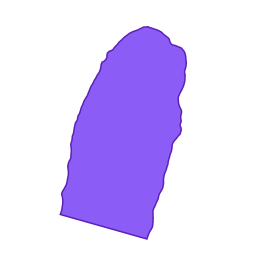 South Ari, Maldives (Equal Earth projection), rotated 194°
{"feature_id": "70690204B29165248779959", "entity_name": "South Ari", "entity_type": "district", "adm_level": 2, "iso_a3": "MDV", "parent_name": "Maldives", "parent_adm1": "", "projection": "equal_earth", "projection_center": [72.841, 3.685], "detail": "fine", "context": "isolated", "style": "filled", "palette": "violet", "viewbox_px": 256, "rotation_deg": 194, "n_neighbors": 0, "source": "geoboundaries", "source_scale": "gbopen_adm2", "svg_char_len": 3011}
<svg xmlns="http://www.w3.org/2000/svg" viewBox="0 0 256 256"><g transform="rotate(194 128 128)"><path d="M82.8,24.9L82.7,26.3L82.6,27.6L82.4,29.0L82.3,30.3L82.0,32.2L81.5,33.8L81.1,34.9L80.6,36.7L80.4,38.3L80.5,39.8L80.8,41.1L80.9,42.7L81.5,45.1L81.7,46.2L82.0,47.5L82.4,48.5L82.9,50.4L83.1,51.6L83.6,52.6L83.7,53.6L83.7,54.7L83.6,55.7L83.4,56.8L83.1,58.1L82.8,59.8L82.6,61.6L82.1,64.1L81.8,65.4L81.6,67.2L81.8,69.7L81.6,71.6L81.1,73.4L80.5,75.6L79.9,77.7L79.9,79.4L80.0,81.7L80.2,83.4L80.7,85.0L81.1,86.4L81.4,88.8L81.5,90.8L81.4,93.1L80.8,96.9L80.8,99.6L80.5,102.0L80.7,103.8L80.9,107.0L80.7,109.4L80.7,112.6L80.4,115.1L80.3,116.9L80.5,119.2L80.7,120.4L81.0,121.7L81.0,122.7L80.9,124.1L80.5,125.4L79.9,127.0L78.6,129.4L77.4,132.3L76.0,134.5L75.8,138.7L76.6,141.0L78.1,142.9L78.2,144.8L78.0,147.3L79.1,150.1L79.7,152.1L79.8,153.9L79.8,156.2L80.4,157.9L81.5,159.3L82.9,160.8L84.3,163.2L85.2,164.8L85.9,167.2L86.5,169.1L86.6,170.3L86.3,173.1L85.9,174.9L85.5,176.4L85.1,177.8L84.7,180.1L84.3,182.4L84.2,185.5L84.3,188.2L84.8,190.0L85.4,193.3L86.6,195.6L86.9,197.3L86.7,199.2L86.7,200.7L86.7,202.3L87.1,205.0L88.0,207.6L88.8,209.6L89.4,211.5L90.1,213.0L91.1,214.7L92.3,216.1L93.9,217.3L95.5,218.5L97.4,218.8L99.7,219.1L102.1,219.5L104.6,219.3L106.3,219.9L107.4,220.8L108.4,222.1L109.1,223.6L110.4,225.0L112.3,225.8L114.2,226.7L116.0,227.3L118.3,228.9L120.1,229.5L122.5,230.0L123.7,230.2L125.3,230.3L127.8,230.5L129.8,230.7L131.7,230.7L133.0,231.1L134.3,230.6L135.9,230.1L137.3,229.7L138.5,228.6L140.1,227.4L141.1,226.4L141.9,225.8L143.4,224.7L144.8,223.8L146.1,223.0L147.7,221.7L149.1,220.6L150.4,219.1L151.4,217.8L151.9,217.0L153.1,215.8L154.6,213.4L155.2,212.3L156.0,211.2L156.9,209.9L157.8,208.5L158.4,206.8L158.9,205.8L159.8,204.4L160.8,202.4L161.6,200.4L162.7,199.2L163.8,198.6L164.9,197.7L166.0,196.0L166.1,193.8L165.6,191.8L165.8,189.9L166.9,187.7L167.6,186.7L169.1,185.6L169.4,183.1L169.1,180.8L169.0,178.6L169.2,176.3L169.6,174.4L170.3,172.9L170.8,171.0L171.3,168.7L171.9,167.1L172.3,165.7L172.6,164.0L173.3,161.3L173.9,159.7L174.3,157.1L174.5,155.3L174.9,153.5L175.0,151.6L175.3,149.7L175.6,148.7L176.4,146.4L176.8,144.8L177.2,143.3L177.4,141.6L177.6,140.0L177.9,138.2L178.3,136.3L178.3,134.0L178.5,131.4L178.7,129.6L179.2,128.6L179.4,126.7L179.3,125.5L179.1,123.8L179.4,122.5L179.8,121.8L180.2,120.6L180.2,118.9L180.2,117.0L180.2,115.7L180.0,114.1L179.9,112.9L179.8,111.4L179.6,109.8L179.8,108.6L180.0,107.2L179.9,105.6L179.5,103.3L179.4,101.6L179.6,99.7L179.5,98.0L179.0,96.5L178.3,95.0L177.9,93.8L177.5,92.1L177.2,90.9L176.9,88.4L176.5,86.6L176.3,84.9L176.5,83.5L176.8,82.4L177.2,80.8L177.3,79.0L177.2,76.6L176.7,74.8L175.9,73.1L175.3,71.2L174.8,69.2L174.5,67.8L174.4,65.7L174.3,63.1L174.1,61.4L174.1,59.6L174.2,58.0L174.6,56.2L175.0,54.6L175.6,52.5L176.1,50.9L176.4,49.3L176.4,47.6L175.8,46.7L175.2,45.6L174.6,44.3L174.0,42.7L173.5,41.2L173.1,39.1L172.9,37.3L172.7,35.5L172.5,33.0L172.5,31.1L172.6,29.5L172.8,27.9L172.8,27.7L82.8,24.9Z" fill="#8b5cf6" stroke="#5b21b6" stroke-width="1.5"/></g></svg>